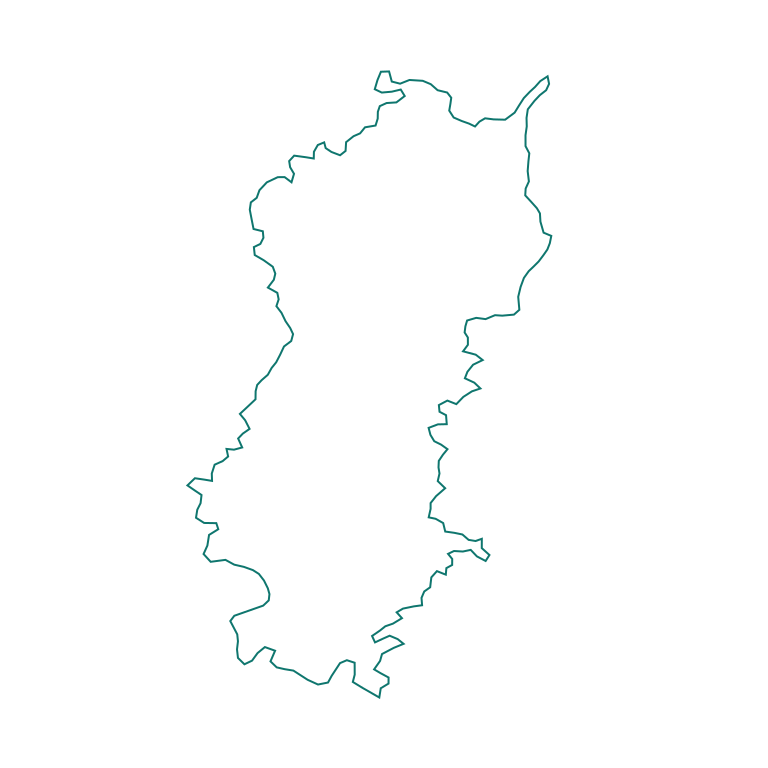 the district of Douradoquara, Minas Gerais, Brazil, rotated 261°
{"feature_id": "56859067B52593850963568", "entity_name": "Douradoquara", "entity_type": "district", "adm_level": 2, "iso_a3": "BRA", "parent_name": "Brazil", "parent_adm1": "Minas Gerais", "projection": "natural_earth1", "projection_center": [-47.608, -18.443], "detail": "fine", "context": "isolated", "style": "outline", "palette": "teal", "viewbox_px": 768, "rotation_deg": 261, "n_neighbors": 0, "source": "geoboundaries", "source_scale": "gbopen_adm2", "svg_char_len": 3517}
<svg xmlns="http://www.w3.org/2000/svg" viewBox="0 0 768 768"><g transform="rotate(261 384 384)"><path d="M262.3,187.6L252.1,184.3L244.3,179.2L235.5,185.0L235.1,199.9L229.0,207.8L225.3,217.0L220.7,225.4L216.0,230.7L208.7,234.7L200.4,237.3L194.4,238.0L188.3,236.3L184.0,230.0L178.5,199.9L173.9,195.1L159.7,199.9L152.7,199.5L144.9,197.3L136.3,196.9L129.0,202.3L131.4,210.4L138.0,217.0L142.8,225.2L137.6,234.7L127.8,228.5L120.9,233.7L117.9,241.2L115.1,249.7L103.8,262.3L97.5,271.8L97.9,282.0L104.0,286.7L115.2,296.9L117.0,304.1L113.3,311.4L101.5,309.6L94.6,306.6L87.1,315.4L75.1,330.3L84.0,333.2L87.4,341.6L93.4,342.6L98.9,335.4L103.7,329.6L111.1,336.8L117.6,339.8L119.8,346.3L121.9,352.5L124.3,362.7L129.9,357.6L134.5,350.2L132.7,343.4L130.2,334.7L137.0,332.8L141.2,341.6L144.5,347.4L145.9,355.3L149.9,365.1L156.5,360.8L159.2,367.6L159.7,378.7L159.5,387.0L166.9,387.6L172.8,391.3L176.0,397.8L185.6,400.5L190.9,407.0L186.0,415.2L192.4,416.8L194.6,423.0L200.5,424.0L206.2,420.7L208.1,427.0L206.2,435.7L206.6,443.7L199.2,448.8L193.3,456.7L198.6,461.4L206.6,454.9L215.8,456.4L214.6,449.8L216.8,443.2L223.1,437.9L226.0,430.2L228.7,421.4L237.4,420.7L242.8,413.9L245.3,407.3L253.4,410.5L259.1,411.4L265.1,417.9L271.5,428.1L279.7,421.9L286.9,424.8L293.1,424.8L299.5,426.1L305.0,431.2L309.7,436.5L315.2,430.9L319.6,424.7L326.5,421.9L333.7,421.2L335.7,430.9L334.5,439.7L343.5,440.4L347.9,434.5L354.6,434.9L357.7,444.0L352.8,452.3L358.9,460.4L363.0,469.7L364.5,478.5L371.2,473.4L377.0,464.8L383.0,468.3L389.1,475.0L392.2,485.2L398.6,479.2L403.9,467.2L409.6,473.0L416.8,474.1L422.3,471.7L428.2,473.4L433.7,476.0L434.9,485.4L432.2,494.5L434.6,504.4L433.0,511.5L432.2,523.2L436.1,529.3L449.1,530.2L458.5,534.1L466.9,538.8L472.8,544.6L476.8,550.4L480.8,555.9L486.2,561.5L491.3,566.4L497.1,569.8L504.1,572.4L508.5,565.3L519.9,563.9L528.1,564.7L533.7,562.5L541.0,557.8L548.2,553.0L554.9,554.5L561.4,558.8L571.8,559.2L581.4,561.5L589.1,563.6L596.8,561.0L607.6,562.7L616.1,565.3L624.5,566.4L632.8,569.0L640.2,577.0L644.9,583.1L648.8,590.1L654.6,594.0L662.3,593.7L658.7,585.7L653.7,579.6L649.7,573.6L644.5,566.8L638.0,561.0L631.6,555.5L626.1,545.0L628.2,533.7L630.6,525.4L628.2,519.3L624.1,514.2L627.9,508.7L631.6,501.9L636.3,494.5L643.8,491.2L650.3,493.4L656.2,495.2L662.0,492.0L665.8,482.9L672.8,477.1L677.4,469.7L680.3,456.7L678.1,446.9L681.5,439.0L691.9,437.9L692.9,429.8L685.2,425.1L676.6,421.0L672.2,427.4L671.5,437.4L672.2,446.6L665.2,449.5L660.2,440.3L661.1,430.5L659.1,423.3L653.8,420.5L647.1,419.3L640.6,416.1L640.5,405.4L635.3,399.6L633.5,392.7L628.8,384.4L620.2,382.5L616.8,376.4L621.4,368.4L626.1,363.3L632.0,362.7L630.4,356.0L624.3,351.1L617.7,349.9L620.2,342.3L623.6,331.0L619.0,325.2L612.8,325.2L605.7,328.0L597.7,324.2L603.9,318.2L604.9,311.4L601.5,299.8L594.9,291.3L587.8,287.4L584.2,280.9L577.2,278.7L567.9,279.0L557.5,279.4L553.8,288.2L547.3,287.8L541.7,283.8L539.6,276.9L531.6,276.5L525.1,284.5L517.2,292.5L510.0,293.9L504.2,291.5L497.4,284.4L490.7,292.9L484.1,293.2L477.7,289.9L470.3,293.9L461.4,296.6L454.0,300.1L447.5,302.0L441.0,299.1L436.7,291.1L429.2,286.0L422.3,280.9L417.4,275.5L411.3,270.7L406.9,263.7L402.9,258.6L397.0,256.1L389.0,254.7L382.6,245.3L377.0,237.0L369.9,241.2L360.7,244.2L357.1,236.8L353.0,231.4L343.5,234.0L342.6,225.6L344.5,218.3L336.8,218.7L333.1,212.6L330.8,204.1L322.5,199.9L315.2,199.0L317.6,191.8L320.5,182.5L314.6,174.0L308.4,180.5L302.9,186.4L295.0,184.2L289.0,179.9L281.3,177.4L274.9,184.6L272.8,196.6L266.5,197.6L262.3,187.6Z" fill="none" stroke="#0f766e" stroke-width="2"/></g></svg>